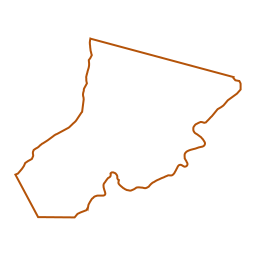 outline of Le Riche, Choiseul, Saint Lucia
{"feature_id": "8701671B41472866915589", "entity_name": "Le Riche", "entity_type": "district", "adm_level": 2, "iso_a3": "LCA", "parent_name": "Saint Lucia", "parent_adm1": "Choiseul", "projection": "orthographic", "projection_center": [-61.048, 13.784], "detail": "fine", "context": "isolated", "style": "outline", "palette": "amber", "viewbox_px": 256, "rotation_deg": 0, "n_neighbors": 0, "source": "geoboundaries", "source_scale": "gbopen_adm2", "svg_char_len": 5517}
<svg xmlns="http://www.w3.org/2000/svg" viewBox="0 0 256 256"><path d="M203.9,122.7L204.2,122.8L205.9,122.4L206.7,121.5L207.9,120.3L208.4,119.8L210.8,117.2L211.8,116.3L213.7,114.0L217.6,109.2L218.3,108.8L221.2,107.1L223.0,105.8L223.5,105.4L224.8,103.9L227.8,100.3L237.0,93.6L240.6,89.5L240.6,83.7L240.3,82.9L239.3,81.0L235.4,80.3L233.4,78.0L233.5,77.4L233.6,77.1L90.6,38.7L90.4,38.6L90.3,39.1L90.1,40.1L90.0,40.8L89.9,41.5L89.9,41.9L89.8,42.6L89.8,43.1L89.9,43.7L89.9,44.5L90.1,45.6L90.1,46.1L90.2,47.0L90.2,47.6L90.3,48.0L90.4,48.9L90.5,49.7L90.6,50.8L90.8,51.4L90.9,51.8L91.1,52.4L91.1,52.7L91.3,53.5L91.4,54.0L91.6,54.5L91.8,55.1L90.3,58.1L88.8,60.1L88.9,61.4L89.0,62.3L89.1,63.1L89.1,63.8L89.1,64.3L89.1,65.2L89.0,66.0L88.9,66.5L88.8,67.2L88.7,67.6L88.6,68.0L88.5,68.4L88.3,69.0L88.1,69.7L87.9,70.3L87.7,71.0L87.5,71.7L87.4,72.4L87.3,72.7L87.2,73.0L87.0,73.6L86.9,74.0L86.9,74.3L86.7,74.7L86.6,75.0L86.6,75.3L86.5,75.7L86.3,76.5L86.2,76.9L86.2,77.6L86.3,78.4L86.3,79.1L86.3,79.9L86.3,80.5L86.4,80.8L86.5,81.7L86.6,82.1L86.7,82.4L86.9,83.4L85.7,85.6L84.1,88.5L83.9,89.1L83.8,89.9L83.8,90.7L83.6,91.4L83.3,92.4L83.1,93.3L83.1,93.6L83.0,94.4L83.0,94.6L83.0,95.0L83.1,95.5L83.1,96.0L83.2,96.3L83.4,97.0L83.5,97.4L83.6,98.1L83.6,98.7L83.7,99.2L83.7,99.4L82.1,111.9L81.8,112.2L81.5,112.5L76.3,120.3L75.7,121.1L75.1,121.7L74.5,122.3L73.1,123.5L72.0,124.6L69.9,126.6L69.4,127.1L69.2,127.3L68.7,127.6L68.3,127.9L67.9,128.1L67.5,128.3L57.7,133.6L56.3,134.3L55.6,134.5L55.2,134.8L54.6,135.2L54.2,135.4L53.9,135.7L53.5,136.0L52.3,136.9L48.5,139.7L47.7,140.3L46.0,141.4L43.0,143.3L42.0,143.8L41.1,144.6L40.1,145.3L39.9,145.5L39.3,146.2L38.9,146.5L38.5,146.9L37.7,147.5L37.2,147.8L36.8,148.0L36.3,148.3L35.7,148.6L35.0,149.1L34.4,149.5L33.7,150.0L32.9,152.1L32.9,153.6L33.1,154.7L33.2,155.8L32.8,156.8L32.4,157.7L31.9,158.9L30.7,159.6L28.7,160.7L28.1,161.0L25.2,163.0L23.9,166.0L22.0,168.8L19.9,171.3L17.9,173.6L15.4,174.6L38.1,217.1L74.6,217.4L77.5,213.9L80.6,212.4L86.4,210.2L87.6,208.0L87.8,208.4L88.3,205.8L88.3,205.5L88.4,205.1L88.6,204.5L89.4,203.0L89.7,202.4L91.1,200.1L91.8,199.0L92.4,198.4L93.0,198.0L93.5,197.5L93.7,197.2L94.5,196.6L95.2,196.3L95.5,196.2L96.4,195.9L96.6,195.8L97.6,195.6L99.2,195.6L99.7,195.6L100.6,195.6L101.2,195.6L101.8,195.6L102.1,195.6L102.9,195.6L103.2,195.6L104.0,195.4L104.7,195.0L105.1,194.5L105.3,193.8L105.3,193.4L105.2,193.0L105.1,192.3L104.9,191.7L104.8,191.3L104.5,190.5L104.3,189.8L104.1,189.2L103.9,188.4L103.7,187.6L103.6,187.3L103.6,186.7L103.5,186.0L103.5,185.2L103.6,184.5L103.8,183.9L104.2,183.2L104.7,182.6L105.3,181.8L106.0,180.7L106.9,179.5L107.6,178.6L108.0,178.1L108.6,177.8L109.2,177.4L109.7,177.1L109.9,176.9L110.2,176.5L110.5,176.1L110.7,175.0L110.7,174.3L110.5,173.9L110.5,173.5L110.8,173.1L111.2,172.9L111.6,172.5L112.1,172.4L112.5,172.4L112.8,172.4L113.2,172.4L113.5,172.5L114.2,172.8L114.7,172.9L115.1,173.2L115.5,173.4L115.8,173.8L116.2,174.2L116.5,174.6L116.9,175.2L117.1,175.7L117.3,176.3L117.3,176.9L117.3,178.1L117.5,178.7L117.8,179.2L118.1,179.7L118.6,179.9L118.9,180.1L118.8,180.5L118.5,181.9L118.4,182.5L118.5,182.9L118.5,183.3L118.6,183.6L118.8,183.9L119.0,184.1L119.7,185.0L120.9,186.1L121.5,186.6L122.1,187.1L122.5,187.4L123.0,187.9L123.5,188.2L123.9,188.4L124.2,188.6L124.6,188.9L124.9,189.1L125.1,189.2L125.9,189.6L126.4,189.8L126.7,190.0L127.1,190.1L127.5,190.1L128.0,190.2L128.5,190.3L128.8,190.4L129.3,190.5L129.9,190.6L130.4,190.6L130.6,190.6L131.1,190.5L131.5,190.3L132.0,190.1L133.2,189.6L134.2,189.1L135.0,188.6L135.6,188.2L136.4,187.6L137.0,187.5L137.5,187.4L138.2,187.4L138.9,187.3L139.4,187.4L141.6,187.6L142.2,187.6L143.1,187.8L143.5,187.9L144.3,188.1L144.8,188.1L145.8,188.1L146.1,188.0L146.5,187.8L146.9,187.7L147.2,187.5L147.8,187.2L148.8,186.6L149.3,186.0L149.6,185.5L150.3,184.8L150.9,184.1L151.3,183.8L152.0,183.2L152.3,182.9L152.7,182.7L153.1,182.4L153.8,182.1L154.4,181.8L155.1,181.3L156.3,180.6L157.3,180.1L159.4,179.2L160.6,178.6L161.7,178.1L162.8,177.7L164.3,177.1L165.0,176.7L165.9,176.3L166.5,176.1L167.4,175.7L168.0,175.4L168.5,175.3L168.8,175.3L169.5,175.4L170.1,175.4L171.0,175.5L171.8,175.3L172.2,175.2L172.5,175.0L173.1,174.5L173.4,174.3L173.6,174.0L174.0,173.5L174.3,173.2L174.6,172.6L175.1,171.7L175.8,170.5L176.4,169.3L176.9,168.3L177.2,167.9L177.5,167.1L178.0,166.2L178.5,165.6L179.1,165.1L179.4,165.0L179.8,164.9L180.1,164.8L180.5,164.8L180.8,164.9L181.0,164.9L181.2,165.0L181.6,165.1L182.0,165.3L182.5,165.7L183.1,166.0L183.8,166.4L184.2,166.6L184.6,166.7L185.2,166.6L185.7,166.5L186.5,166.1L187.1,165.4L187.3,165.0L187.5,164.3L187.4,163.3L187.1,162.7L186.7,162.0L186.3,161.1L185.9,160.4L185.5,159.8L185.1,159.0L184.8,158.6L184.7,158.3L184.7,157.5L184.6,156.3L184.6,155.4L184.6,154.7L184.8,154.0L185.0,153.4L185.5,152.8L186.4,151.8L187.3,151.2L188.8,150.5L190.4,149.9L192.6,149.3L195.4,148.6L198.8,147.4L200.6,147.0L202.0,146.7L202.5,146.6L203.1,146.3L203.9,145.8L204.3,145.4L204.7,144.7L204.9,144.1L205.0,143.4L204.9,142.7L204.7,142.3L204.4,141.6L203.9,140.9L203.4,140.1L202.9,139.3L202.4,138.8L201.9,138.3L201.4,137.6L200.8,137.0L200.2,136.6L197.5,134.6L197.1,134.3L196.2,133.8L195.1,133.1L194.7,132.7L194.3,132.2L194.0,131.7L193.8,131.3L193.5,130.8L193.4,130.3L193.3,129.4L193.3,129.0L193.3,128.5L193.4,128.1L193.4,127.5L193.5,127.2L193.8,126.7L194.0,126.4L194.2,126.1L194.5,125.7L194.8,125.3L195.1,124.9L195.4,124.6L196.1,124.1L196.5,123.9L197.0,123.7L197.4,123.5L197.9,123.2L198.3,123.0L198.7,122.8L200.6,122.0L201.1,122.0L202.4,122.2L203.3,122.5L203.9,122.7Z" fill="none" stroke="#b45309" stroke-width="2"/></svg>